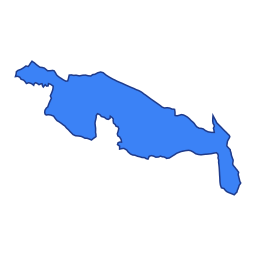 the district of Suna East, Nyanza, Kenya
{"feature_id": "3690345B51291176928549", "entity_name": "Suna East", "entity_type": "district", "adm_level": 2, "iso_a3": "KEN", "parent_name": "Kenya", "parent_adm1": "Nyanza", "projection": "mercator", "projection_center": [34.508, -1.066], "detail": "fine", "context": "isolated", "style": "filled", "palette": "blue", "viewbox_px": 256, "rotation_deg": 0, "n_neighbors": 0, "source": "geoboundaries", "source_scale": "gbopen_adm2", "svg_char_len": 4371}
<svg xmlns="http://www.w3.org/2000/svg" viewBox="0 0 256 256"><path d="M213.0,115.6L212.8,118.3L212.7,120.9L213.1,123.5L214.0,124.8L214.3,126.4L213.4,128.2L213.9,129.8L214.3,132.4L211.6,132.4L208.0,131.8L205.3,130.5L203.2,128.9L201.4,128.4L199.1,128.2L196.7,126.8L195.4,125.2L194.2,123.4L192.7,121.9L191.1,120.6L189.3,118.7L187.3,117.0L185.4,115.9L183.6,115.0L181.4,114.6L179.1,115.3L177.2,115.8L175.1,115.5L175.0,114.9L175.0,113.9L175.0,112.2L174.6,109.4L174.0,109.2L172.1,109.1L169.8,108.1L167.2,107.7L164.4,108.0L162.1,107.1L160.4,105.7L158.2,104.1L154.6,101.6L150.7,98.9L145.5,95.0L143.8,93.9L142.5,92.8L141.0,91.8L138.8,90.6L136.1,89.6L133.9,88.5L130.9,87.3L125.7,85.0L122.1,83.3L119.6,82.3L116.8,81.1L115.0,80.1L112.8,79.1L109.4,77.2L106.2,75.2L103.2,72.7L100.6,72.0L97.7,72.8L94.9,74.3L92.7,74.6L90.8,76.0L88.3,75.8L85.6,75.1L82.8,75.2L79.4,75.9L76.1,75.2L73.6,75.4L71.4,74.9L69.2,75.1L69.0,76.1L68.7,77.2L68.3,79.0L67.7,80.9L65.9,81.2L64.4,80.4L63.6,80.0L62.8,79.5L61.2,78.4L60.3,77.9L59.4,77.3L57.7,76.0L56.9,75.3L56.3,74.4L55.4,72.7L54.1,70.8L52.6,70.4L50.5,70.7L47.6,70.8L45.7,69.2L44.4,68.1L42.3,67.5L39.8,67.2L36.5,64.7L34.6,63.0L34.1,62.6L32.6,61.7L32.0,61.2L30.3,63.5L29.2,65.3L28.2,66.5L25.9,66.0L23.5,67.8L21.0,69.3L18.0,70.4L16.4,71.7L16.1,74.2L15.4,76.6L17.3,76.3L18.2,76.5L19.9,77.3L21.0,79.2L23.6,80.1L25.0,81.5L26.4,83.5L28.8,82.7L31.5,83.6L33.7,85.3L34.2,83.7L35.6,82.7L37.4,83.5L39.0,84.7L40.6,83.9L42.0,83.7L42.5,85.8L43.3,87.0L44.2,85.9L45.2,84.7L46.6,86.1L48.1,85.9L48.5,83.6L50.8,84.4L53.2,86.2L53.0,88.4L52.6,90.3L51.4,93.5L50.3,95.9L51.4,98.2L49.8,101.6L48.7,104.2L47.8,106.9L46.4,108.0L45.0,110.2L44.7,112.5L45.1,114.1L46.2,115.0L48.2,114.7L50.7,115.0L53.6,116.1L55.4,118.7L57.0,120.6L59.1,121.8L61.4,123.4L63.3,124.9L64.8,125.9L66.5,128.0L68.5,129.8L69.9,131.4L71.5,133.0L73.1,134.6L75.4,135.7L78.7,136.0L81.2,136.4L83.0,137.2L84.9,138.2L87.1,138.3L89.4,139.1L91.5,140.0L92.0,139.6L93.6,138.3L94.1,138.0L96.0,136.6L95.9,134.3L95.5,132.3L95.6,130.4L95.6,128.2L95.3,125.9L95.0,123.2L95.3,121.1L95.8,119.3L96.2,117.4L96.2,115.6L97.5,113.7L99.8,114.6L101.4,116.5L104.4,117.3L106.4,118.9L108.2,119.4L110.0,118.4L110.3,116.2L112.2,117.6L113.3,119.0L113.1,120.5L113.5,123.1L115.2,124.5L116.1,126.3L117.8,126.6L118.8,128.5L118.1,131.4L117.3,133.9L117.9,135.9L119.6,136.9L121.2,139.6L121.5,142.1L119.6,142.1L118.1,142.7L117.5,144.6L119.6,146.1L119.6,149.1L121.9,148.6L123.9,148.4L126.7,150.0L128.2,152.0L130.5,154.0L132.7,155.0L134.9,155.2L137.6,156.3L140.0,156.8L142.0,157.5L144.5,157.6L146.1,158.6L148.0,159.1L149.2,156.3L151.3,155.6L153.6,156.1L155.8,157.2L158.5,157.0L160.5,156.1L162.3,156.8L163.8,156.9L164.4,157.1L166.0,157.8L166.4,158.4L169.3,158.0L171.5,156.6L173.7,155.2L174.3,154.9L176.6,153.3L178.3,152.6L180.9,151.6L182.7,151.2L185.7,150.6L188.6,150.3L190.7,150.7L193.0,151.9L195.8,153.8L198.5,154.5L201.0,154.8L203.3,154.5L204.9,154.3L205.6,154.2L206.5,154.2L208.6,154.0L211.3,153.7L214.0,153.1L216.5,152.7L217.2,153.5L217.9,154.2L218.3,156.0L218.0,157.9L218.7,160.1L218.6,162.4L218.9,164.5L219.2,167.5L219.5,172.5L219.6,174.9L219.8,177.5L219.9,179.5L219.9,180.3L220.0,182.0L220.1,182.9L220.4,185.0L221.4,187.8L222.8,188.2L223.9,188.5L224.6,189.4L225.5,190.5L226.6,191.5L227.7,192.1L228.8,192.6L230.6,193.3L232.1,193.9L232.7,194.1L233.3,194.4L234.2,194.8L235.4,193.6L235.8,193.1L236.3,192.6L236.9,192.1L237.1,191.2L237.4,190.1L237.9,189.1L238.2,188.2L238.6,187.2L238.8,186.4L239.2,185.2L239.7,184.5L240.2,183.9L240.6,183.4L240.6,182.5L240.0,181.9L239.7,180.8L239.4,179.5L238.9,177.6L238.7,176.7L238.5,175.8L238.3,175.2L238.2,174.6L238.2,173.9L238.5,173.0L238.6,172.3L238.3,171.8L237.8,171.2L237.3,170.5L236.9,169.8L236.1,169.0L235.6,168.3L234.9,167.4L233.8,166.1L233.3,165.4L232.9,164.8L232.7,163.9L232.8,162.8L233.0,161.7L233.1,160.6L233.1,159.9L232.7,159.1L232.5,158.4L232.3,157.9L232.0,157.0L231.6,156.0L231.2,154.3L231.1,153.3L230.8,152.1L230.4,151.2L230.2,149.7L227.5,146.8L227.0,146.2L226.8,145.4L227.1,143.5L227.4,141.7L227.5,141.1L228.0,140.2L229.4,137.7L229.8,136.7L229.5,135.9L229.0,135.1L228.3,134.5L227.7,133.9L227.1,133.3L226.3,132.4L225.2,131.4L224.3,130.5L223.9,130.1L223.4,129.6L222.7,128.9L221.2,127.3L219.5,125.6L218.9,125.0L218.2,124.3L217.5,123.6L216.8,122.9L216.3,122.0L215.9,121.0L215.4,120.1L215.0,119.3L214.4,118.3L213.9,117.3L213.3,116.2L213.0,115.6Z" fill="#3b82f6" stroke="#1e3a8a" stroke-width="1.5"/></svg>